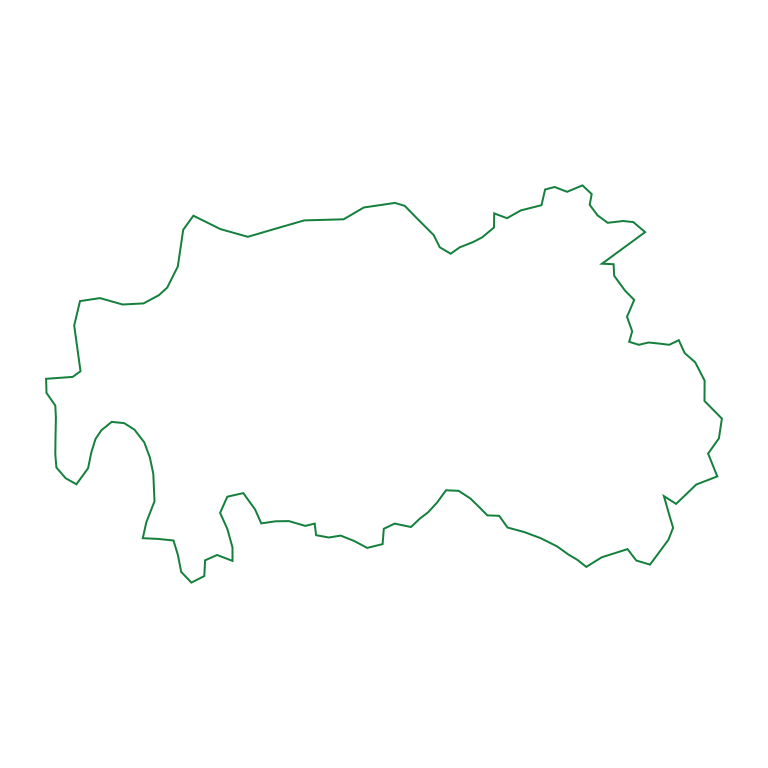 Nicolau Vergueiro, Rio Grande do Sul, Brazil (orthographic projection)
{"feature_id": "56859067B10489140386792", "entity_name": "Nicolau Vergueiro", "entity_type": "district", "adm_level": 2, "iso_a3": "BRA", "parent_name": "Brazil", "parent_adm1": "Rio Grande do Sul", "projection": "orthographic", "projection_center": [-52.451, -28.521], "detail": "fine", "context": "isolated", "style": "outline", "palette": "green", "viewbox_px": 768, "rotation_deg": 0, "n_neighbors": 0, "source": "geoboundaries", "source_scale": "gbopen_adm2", "svg_char_len": 1826}
<svg xmlns="http://www.w3.org/2000/svg" viewBox="0 0 768 768"><path d="M55.9,417.4L55.5,437.9L55.3,454.1L56.4,467.5L65.6,478.2L76.4,484.3L88.1,468.2L91.3,452.5L95.5,439.0L101.5,430.1L111.7,421.9L124.1,423.1L134.5,429.7L144.3,442.4L149.9,457.6L153.3,473.8L154.5,501.3L146.3,522.3L142.8,538.2L158.0,538.9L173.5,540.5L177.9,555.0L181.2,571.9L191.4,582.6L204.3,576.0L205.1,560.3L217.1,555.0L232.5,560.9L232.5,547.5L227.3,528.8L220.1,512.9L227.3,496.7L243.3,493.1L255.1,509.5L261.3,523.4L275.5,521.3L288.9,521.1L305.3,525.9L314.7,523.6L316.1,535.2L328.9,537.5L340.6,535.6L354.0,540.9L367.2,547.9L382.6,544.1L383.8,528.8L394.6,523.6L411.0,527.0L420.2,518.3L428.0,512.4L437.2,502.4L446.0,490.3L458.6,490.8L470.4,498.5L479.8,507.7L487.4,515.4L499.2,515.8L507.5,527.5L524.7,532.2L540.7,538.2L557.1,546.4L568.5,554.6L577.3,559.8L586.3,566.9L601.7,557.3L627.5,549.1L636.3,560.5L650.0,564.6L657.6,554.4L668.4,539.8L673.1,527.8L670.1,517.8L663.9,496.1L676.1,503.9L696.3,484.5L717.3,476.4L708.1,453.6L718.9,438.4L721.9,418.6L704.5,401.0L704.6,380.6L695.2,362.3L684.6,353.0L678.8,340.2L669.2,344.8L659.4,343.6L648.6,342.5L638.8,344.8L629.2,341.8L632.2,331.3L627.0,316.8L634.2,299.9L625.0,290.6L614.2,275.8L613.6,264.2L602.0,263.7L645.1,232.1L633.3,222.1L623.1,221.0L607.7,222.8L597.5,215.3L589.7,204.8L591.7,194.1L582.5,185.4L567.1,191.8L554.7,187.0L545.1,189.5L541.5,205.2L520.8,210.4L507.0,218.2L494.2,213.4L494.0,227.5L482.2,237.3L473.0,242.1L459.8,247.3L450.6,253.7L439.8,247.3L433.6,235.0L417.2,218.6L404.8,205.9L395.0,202.9L363.8,207.5L343.6,219.3L304.2,220.4L282.0,226.8L247.8,236.8L220.4,229.1L193.4,215.7L183.2,229.8L177.8,266.5L167.2,287.6L159.0,295.1L143.6,303.4L122.6,304.5L100.0,298.1L80.0,301.1L74.2,325.5L80.5,371.2L72.7,376.9L46.1,378.8L46.5,392.9L55.3,405.6L55.9,417.4Z" fill="none" stroke="#15803d" stroke-width="2"/></svg>